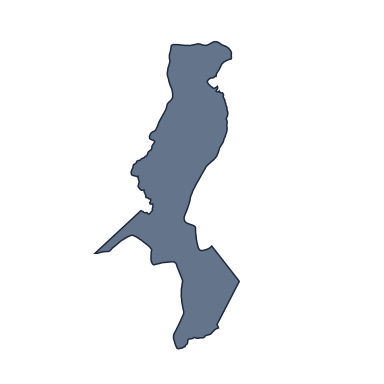 the district of São Sebastião da Boa Vista, Pará, Brazil, rotated 209°
{"feature_id": "56859067B42238092487296", "entity_name": "São Sebastião da Boa Vista", "entity_type": "district", "adm_level": 2, "iso_a3": "BRA", "parent_name": "Brazil", "parent_adm1": "Pará", "projection": "equal_earth", "projection_center": [-49.65, -1.432], "detail": "fine", "context": "isolated", "style": "filled", "palette": "slate", "viewbox_px": 384, "rotation_deg": 209, "n_neighbors": 0, "source": "geoboundaries", "source_scale": "gbopen_adm2", "svg_char_len": 5474}
<svg xmlns="http://www.w3.org/2000/svg" viewBox="0 0 384 384"><g transform="rotate(209 192 192)"><path d="M123.1,53.3L123.3,54.5L123.0,55.8L122.5,57.1L123.1,58.7L123.7,59.9L123.7,61.4L122.5,62.6L121.0,63.6L120.3,64.5L119.8,65.7L118.9,66.2L117.8,66.1L116.0,66.9L114.2,68.3L113.3,68.9L111.5,69.9L110.8,71.3L110.6,72.7L109.8,73.8L108.4,75.0L107.2,76.3L106.5,77.6L106.3,79.1L105.8,80.5L105.1,83.1L104.1,84.6L102.9,86.0L104.3,87.1L105.0,87.7L105.9,88.1L107.3,136.7L109.9,137.9L148.5,154.3L149.4,151.5L151.1,149.1L154.1,146.1L155.2,145.5L156.1,145.1L157.4,145.1L159.3,146.2L160.1,147.0L161.1,148.0L161.9,148.9L162.9,149.9L163.8,150.9L164.5,152.0L165.5,153.0L166.3,154.4L167.1,155.5L169.5,158.7L170.2,160.1L170.8,161.0L171.4,162.1L172.1,163.0L173.4,163.4L175.8,163.2L178.6,162.7L181.3,162.3L182.3,162.4L184.0,162.8L185.9,164.6L186.8,166.7L187.2,169.0L187.5,172.1L187.9,175.3L188.3,177.2L188.8,179.6L189.0,180.9L189.8,183.9L190.2,185.0L190.9,187.1L191.3,189.6L191.4,191.0L191.7,192.3L191.9,194.0L192.0,195.8L192.0,198.8L192.1,200.2L192.1,203.4L192.0,205.6L192.0,210.4L192.1,212.1L192.0,214.0L192.0,216.0L191.9,218.3L191.9,221.6L191.4,223.0L190.9,224.7L190.4,225.8L190.1,227.1L189.5,228.6L188.7,230.7L188.3,232.3L187.8,235.1L187.9,236.5L188.2,239.2L188.5,240.3L189.2,243.9L189.2,245.5L189.1,248.1L188.9,249.8L189.1,251.8L189.6,253.3L189.8,255.5L189.8,256.7L190.4,258.5L190.9,261.9L191.7,263.6L192.1,264.7L193.7,266.9L194.3,268.0L194.9,269.8L195.5,270.7L196.3,271.7L197.3,272.2L197.8,273.8L197.8,275.5L198.7,278.0L199.4,279.1L201.4,281.1L202.2,282.5L202.9,283.4L204.0,284.0L204.8,284.9L205.6,286.0L207.1,287.0L207.7,288.3L208.8,288.8L209.8,289.7L210.9,290.2L211.5,292.3L213.3,293.5L214.7,292.8L216.2,292.8L217.2,293.6L217.6,292.1L218.7,291.9L219.9,291.8L220.0,293.0L219.7,294.4L220.1,295.7L221.0,296.7L221.9,294.7L223.1,293.2L224.3,293.2L225.2,293.4L226.5,293.5L229.5,294.2L231.5,295.3L232.4,296.2L232.3,297.4L231.9,298.6L231.2,300.4L230.0,301.4L229.1,301.8L228.4,302.7L228.1,304.1L227.0,304.8L227.8,307.0L227.9,308.4L227.6,313.0L228.0,317.3L227.9,318.5L227.0,321.4L225.6,323.7L224.6,324.9L223.9,325.9L223.0,326.6L222.3,327.3L222.6,328.8L223.5,329.8L225.0,332.9L226.2,333.9L227.2,334.5L229.0,335.2L229.9,335.5L231.9,335.8L233.0,335.8L235.4,335.5L236.3,335.2L238.2,335.3L239.8,335.6L241.8,335.6L243.2,335.4L244.5,334.8L245.5,334.2L246.2,333.4L248.6,329.6L249.6,328.2L251.1,326.9L252.3,326.3L253.8,325.8L255.1,325.5L256.5,325.4L257.5,325.0L259.2,324.2L259.8,323.3L261.8,321.7L263.5,320.3L264.3,319.4L265.3,318.9L266.2,318.5L267.1,318.0L269.2,316.8L271.4,315.9L272.4,315.4L273.3,315.1L275.0,314.4L276.9,313.5L277.9,312.9L280.0,311.8L281.1,310.2L280.1,307.5L279.7,306.1L279.2,305.0L278.6,302.5L278.3,301.1L277.7,299.9L276.4,297.7L275.2,296.5L274.4,295.0L273.4,290.6L273.2,289.2L272.8,288.0L271.9,285.7L271.5,284.5L270.9,283.4L270.4,282.5L269.4,281.4L268.6,280.6L267.7,279.9L266.9,278.9L266.3,278.1L265.0,276.8L264.1,275.9L261.7,273.8L260.7,273.3L259.9,272.4L258.2,270.8L257.6,269.8L256.4,268.5L255.9,267.3L254.9,265.6L254.7,264.0L254.8,262.6L255.2,260.9L255.7,259.9L256.0,258.5L256.2,257.2L255.9,255.9L255.6,254.5L254.9,252.2L254.8,250.6L254.8,249.3L254.8,244.4L254.8,240.3L254.8,238.4L254.7,236.6L254.0,232.0L253.9,230.4L253.9,228.3L254.4,226.9L255.2,226.1L255.8,225.2L256.2,224.1L256.5,222.7L256.3,220.2L255.1,218.4L254.0,218.0L250.1,218.5L249.0,218.0L248.9,216.7L249.1,214.9L249.3,213.7L249.0,212.1L248.4,210.7L248.1,209.3L248.9,207.8L249.7,205.5L249.2,203.6L249.2,201.8L249.9,200.9L250.3,199.8L250.6,198.7L251.3,197.9L252.3,196.6L252.7,195.0L253.4,194.1L254.5,193.3L255.2,192.0L254.9,190.5L255.2,189.4L256.4,187.6L256.1,186.2L255.6,185.2L255.4,183.8L255.4,182.5L254.8,179.6L254.0,178.6L253.1,177.8L252.1,177.7L250.9,178.0L249.9,178.4L247.6,178.8L246.9,179.6L245.9,178.1L245.2,177.4L244.4,176.5L243.4,175.8L242.9,174.8L242.6,173.4L242.3,172.1L241.7,170.5L239.4,169.6L238.2,169.0L237.1,169.0L236.0,169.7L234.8,170.5L234.1,169.0L232.5,168.1L231.7,167.2L230.7,166.7L230.3,165.6L229.5,164.9L227.4,165.5L226.5,165.1L225.5,165.4L224.5,165.7L224.0,164.5L223.7,163.2L223.9,162.1L222.9,161.3L222.0,161.4L221.2,162.3L220.3,162.3L219.6,161.2L219.1,160.2L218.5,157.9L217.7,156.8L217.9,155.3L218.5,152.6L219.1,151.6L220.2,151.7L221.3,152.2L222.2,151.7L223.0,151.0L223.9,150.8L225.5,151.2L226.6,150.9L227.7,150.9L228.4,148.6L247.1,91.4L245.1,92.5L244.4,93.2L240.4,96.9L236.1,99.6L235.2,100.9L234.9,102.5L234.4,104.6L233.8,106.0L233.0,107.7L232.6,109.0L232.1,110.2L231.7,111.3L231.1,113.1L230.7,114.2L229.8,116.0L228.8,117.6L227.8,119.5L226.5,121.6L224.7,124.0L223.5,125.1L222.5,125.5L219.8,125.7L218.0,125.7L215.9,125.6L214.9,125.3L213.2,125.4L212.2,125.2L210.1,124.8L207.9,124.5L205.0,124.1L203.2,123.6L202.0,123.3L201.1,122.9L199.5,122.2L198.8,120.9L198.4,119.3L197.8,118.2L197.3,117.2L196.5,115.6L195.9,114.5L195.3,113.2L193.8,111.4L191.6,109.9L190.5,109.7L189.7,110.1L186.9,112.8L185.8,113.6L185.1,114.4L184.4,115.1L183.3,116.1L181.4,117.3L180.4,118.2L179.5,118.7L176.1,121.0L174.6,121.9L173.0,122.1L172.0,122.0L170.9,121.5L169.2,119.8L166.5,117.6L165.6,117.0L164.8,116.2L161.2,113.3L157.7,110.4L156.7,108.9L155.9,106.4L154.8,103.8L154.5,102.6L154.0,101.4L153.1,99.8L151.7,97.3L151.2,96.0L149.7,94.0L148.6,92.5L147.9,91.3L146.8,89.9L146.0,89.1L145.1,87.8L144.4,87.1L141.1,83.2L140.4,81.7L140.1,80.6L140.0,78.3L139.4,71.2L139.0,63.3L138.9,58.4L137.4,55.2L132.8,50.7L129.7,48.2L127.4,48.5L126.2,50.0L124.8,50.8L124.2,52.2L123.1,53.3Z" fill="#64748b" stroke="#1e293b" stroke-width="1.5"/></g></svg>